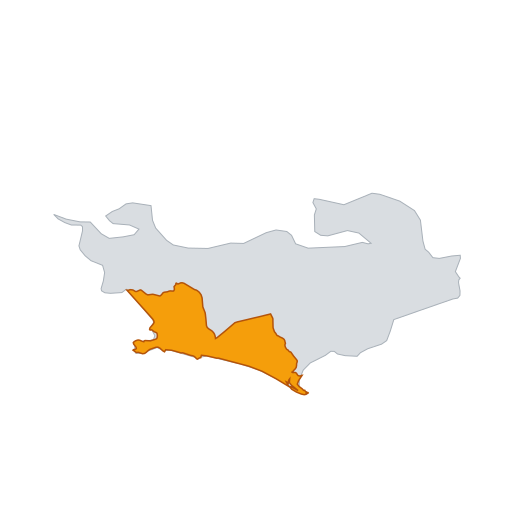 location of Limón within Costa Rica, rotated 139°
{"feature_id": "CRI-1329", "entity_name": "Limón", "entity_type": "Province", "adm_level": 1, "iso_a3": "CRI", "parent_name": "Costa Rica", "parent_adm1": "", "projection": "robinson", "projection_center": [-83.398, 10.004], "detail": "fine", "context": "in_parent", "style": "filled", "palette": "amber", "viewbox_px": 512, "rotation_deg": 139, "n_neighbors": 0, "source": "natural_earth", "source_scale": "10m", "svg_char_len": 5401}
<svg xmlns="http://www.w3.org/2000/svg" viewBox="0 0 512 512"><g transform="rotate(139 256 256)"><path d="M410.6,261.6L410.0,263.6L408.4,265.6L406.2,267.7L403.1,269.1L395.8,264.8L388.6,260.0L384.6,262.2L383.1,268.5L380.5,271.7L377.1,272.9L375.8,275.0L375.5,296.1L375.7,316.0L381.2,316.4L390.3,323.3L394.2,327.4L395.4,331.1L394.3,333.0L387.6,337.3L381.1,342.8L377.9,349.6L383.6,360.7L384.8,368.2L384.6,376.0L383.0,379.8L370.4,388.8L367.7,392.0L368.0,394.3L375.0,400.5L378.3,406.5L381.0,413.8L381.4,420.1L375.1,408.4L366.4,397.2L358.8,390.4L358.2,374.3L355.2,365.6L343.7,357.6L334.0,352.0L326.7,353.1L331.1,362.4L342.6,374.2L343.4,378.7L343.2,384.8L335.3,383.9L328.3,381.4L319.9,380.6L314.2,377.0L302.2,362.9L310.7,350.8L313.4,342.9L313.2,326.5L311.2,318.6L302.0,306.5L287.3,293.2L266.7,282.4L257.1,273.6L233.0,266.9L223.8,262.5L216.7,254.3L215.6,248.3L218.1,239.2L211.5,227.7L182.8,204.9L166.8,196.5L163.4,191.6L160.8,190.1L163.3,205.8L170.3,215.2L188.6,224.1L193.6,229.2L195.6,235.9L185.0,248.7L179.6,252.0L178.0,259.0L174.5,261.1L170.9,257.1L156.0,237.0L127.3,227.3L122.1,221.4L111.5,203.1L106.6,186.3L108.4,175.2L120.2,157.8L123.9,150.2L123.2,145.6L123.6,138.7L119.2,133.9L108.3,127.6L101.4,122.6L103.3,120.1L115.8,113.4L116.6,107.3L116.5,105.3L118.6,104.9L120.4,103.3L121.5,101.6L124.9,95.8L127.9,92.5L131.4,91.9L135.6,94.4L151.3,100.7L168.8,107.7L193.7,117.6L204.0,111.2L212.9,106.4L219.1,107.1L232.5,112.7L240.6,114.5L245.5,114.0L254.1,122.3L258.8,128.6L259.5,132.7L262.1,135.0L268.8,135.5L285.2,139.7L295.2,138.9L304.2,134.4L309.2,129.0L310.8,120.6L313.1,124.7L315.8,131.3L317.0,139.8L328.7,168.1L338.1,183.9L358.6,212.7L367.5,218.0L382.5,241.2L387.7,245.0L390.7,251.8L406.3,257.5L410.6,261.6Z" fill="#d9dde1" stroke="#a8b0b8" stroke-width="1"/><path d="M396.1,265.3L395.2,265.0L391.4,261.3L386.0,258.9L384.3,259.1L382.6,260.7L381.5,262.4L381.4,263.4L382.5,265.6L383.1,268.5L383.5,269.1L384.1,269.3L384.5,269.6L384.4,270.5L383.0,271.4L378.1,272.1L376.4,272.8L375.6,274.3L375.3,276.3L375.4,285.0L375.6,297.6L375.8,314.9L375.7,314.8L374.9,314.0L374.6,313.8L373.1,313.2L371.5,311.5L371.0,310.7L370.5,308.9L370.0,308.0L369.6,307.7L369.0,307.4L365.8,306.4L365.5,306.2L365.3,306.0L365.0,305.4L364.9,305.0L363.9,299.4L363.5,298.4L363.3,297.9L363.2,297.7L362.8,297.4L359.5,295.2L359.1,294.9L358.5,294.2L354.9,289.0L354.5,288.8L353.8,288.7L351.9,288.9L350.6,289.2L350.3,289.2L349.8,289.1L349.1,288.9L347.7,288.0L346.8,287.4L346.3,287.1L344.6,286.5L344.2,286.2L343.9,286.1L343.7,286.0L342.0,284.3L341.6,284.0L341.2,283.7L340.9,283.7L340.5,283.8L339.8,284.2L339.4,284.4L339.2,284.7L338.1,286.4L338.0,286.6L337.6,286.7L335.8,286.9L335.3,287.1L335.0,287.2L334.7,287.6L334.5,287.8L334.3,287.9L334.1,287.9L333.9,287.8L333.6,287.0L333.6,286.7L333.5,286.4L333.2,286.1L332.9,285.9L330.4,285.1L329.3,284.2L329.0,283.8L328.2,282.6L325.1,273.1L324.8,272.0L324.2,270.6L324.0,270.3L323.7,269.9L323.5,269.6L323.0,268.2L322.8,266.9L322.6,265.9L322.9,262.7L324.2,259.7L329.5,252.5L331.6,246.6L332.4,245.3L335.1,241.4L339.1,235.9L339.7,234.1L339.5,232.2L338.4,228.4L338.3,226.1L338.6,224.3L339.3,222.6L340.4,220.7L340.7,220.3L338.8,219.9L329.0,219.6L315.7,219.5L313.3,218.5L304.2,213.7L298.6,210.8L294.5,208.6L283.0,202.7L284.2,198.0L284.8,197.1L285.7,196.1L290.0,190.9L290.3,190.4L291.4,187.7L291.7,186.9L291.8,186.4L291.8,186.1L291.8,184.8L292.1,183.3L292.2,182.5L292.2,182.0L292.1,181.8L291.8,181.4L291.6,181.0L291.4,180.4L291.1,179.3L289.9,176.7L289.8,176.3L289.5,174.8L289.6,174.1L289.7,173.7L290.0,172.9L290.3,172.5L291.0,170.9L291.2,170.7L291.4,170.5L291.6,170.5L291.9,170.4L292.1,170.3L292.3,170.1L292.7,169.7L293.5,168.3L294.0,166.1L294.0,165.6L294.0,165.3L293.6,164.2L293.5,163.9L293.5,163.6L293.6,162.7L293.6,162.4L293.6,162.1L293.5,161.8L293.4,161.6L293.1,161.2L292.9,161.0L292.8,160.7L292.8,160.1L293.3,155.6L293.3,154.6L293.4,151.4L293.5,150.4L293.7,149.8L293.8,149.6L294.2,149.3L295.0,148.7L295.9,148.2L296.2,147.9L297.2,146.8L298.7,145.6L299.7,145.3L300.2,145.1L302.9,144.9L303.9,144.6L304.3,144.6L304.6,144.6L305.0,144.8L305.1,144.7L304.9,144.2L304.7,143.9L304.3,143.5L303.5,143.0L303.2,142.7L302.8,142.3L302.6,141.9L302.5,141.5L302.4,141.0L302.7,138.9L302.7,138.5L302.7,138.2L302.4,137.7L302.1,137.2L301.6,136.7L301.4,136.5L301.2,136.4L300.9,136.2L299.8,135.9L299.5,135.7L305.6,134.0L308.9,132.2L309.1,129.3L308.3,125.6L308.2,123.3L307.3,122.7L307.6,121.3L307.4,120.7L307.2,120.6L306.5,118.7L305.8,118.5L306.7,118.4L307.1,118.7L307.4,118.6L307.9,118.9L307.9,119.1L307.7,119.3L307.7,119.6L308.1,119.6L308.6,119.1L308.6,118.7L309.1,118.8L310.6,119.7L312.4,122.1L314.8,126.9L316.5,132.1L316.3,135.5L314.9,133.6L312.5,126.8L314.0,135.2L313.9,138.6L311.2,141.2L312.6,140.9L313.6,140.2L314.5,139.3L315.7,138.4L315.3,138.9L315.2,139.6L315.3,140.3L315.7,141.2L316.0,140.0L316.4,137.6L316.9,136.2L321.4,150.2L327.0,165.0L333.7,177.5L351.3,203.5L352.7,204.7L358.6,212.8L362.3,216.9L364.5,215.5L365.3,216.1L367.8,216.5L368.3,217.4L368.3,219.3L368.6,221.0L369.3,222.4L370.5,223.8L374.8,231.0L376.2,232.1L381.5,240.2L385.6,244.5L387.9,243.7L388.5,245.3L389.0,249.6L389.8,251.5L391.2,252.7L397.5,255.2L399.7,255.4L401.8,255.3L403.9,255.5L405.7,256.6L408.0,260.5L409.6,261.6L410.6,265.6L409.9,265.7L408.5,264.8L407.1,264.6L406.4,265.7L406.1,269.7L405.5,271.1L404.2,271.3L402.5,271.0L400.9,270.4L400.0,269.9L399.0,268.7L397.8,266.2L396.9,264.9L396.1,265.3Z" fill="#f59e0b" stroke="#b45309" stroke-width="1.5"/></g></svg>